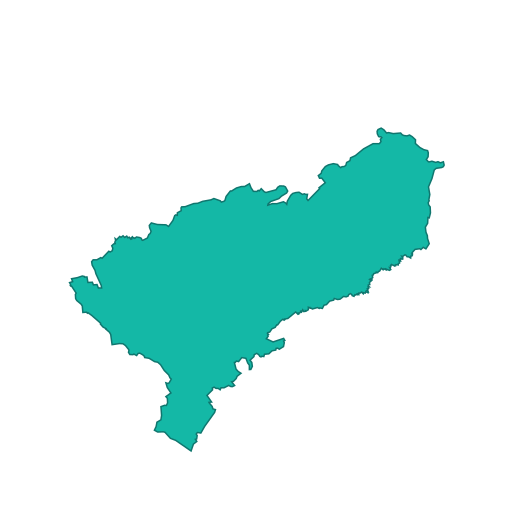 outline of Photharam, Ratchaburi, Thailand, rotated 133°
{"feature_id": "78962969B60761780399877", "entity_name": "Photharam", "entity_type": "district", "adm_level": 2, "iso_a3": "THA", "parent_name": "Thailand", "parent_adm1": "Ratchaburi", "projection": "equal_earth", "projection_center": [99.741, 13.703], "detail": "fine", "context": "isolated", "style": "filled", "palette": "teal", "viewbox_px": 512, "rotation_deg": 133, "n_neighbors": 0, "source": "geoboundaries", "source_scale": "gbopen_adm2", "svg_char_len": 6123}
<svg xmlns="http://www.w3.org/2000/svg" viewBox="0 0 512 512"><g transform="rotate(133 256 256)"><path d="M128.9,137.7L126.2,142.5L124.2,144.6L122.7,147.9L119.4,151.8L115.0,152.8L110.6,156.5L110.0,155.3L105.5,157.8L101.3,162.1L100.9,164.5L99.6,166.4L97.5,167.0L97.2,167.8L92.5,170.8L87.8,177.0L79.4,180.1L71.5,184.3L69.0,184.0L64.6,180.5L62.9,179.9L61.2,180.4L59.3,183.2L62.1,184.7L62.9,187.2L65.0,188.4L66.7,192.0L69.2,193.6L69.5,194.3L69.3,197.2L66.1,197.8L63.0,200.4L61.9,202.4L63.8,205.8L64.9,210.2L65.0,216.2L62.2,218.6L62.2,223.1L62.8,226.2L65.2,227.5L67.0,230.0L67.6,231.7L67.4,234.1L72.9,239.1L75.4,243.3L77.0,244.4L76.5,248.5L77.1,251.7L80.3,253.0L82.2,252.5L83.9,250.6L85.0,247.8L84.8,247.1L83.6,246.0L83.6,244.7L85.9,244.6L87.1,242.6L89.7,242.4L94.0,247.0L104.3,250.4L114.8,251.8L119.7,253.8L122.2,252.3L125.8,253.5L128.5,252.1L130.4,252.5L132.0,254.0L133.6,254.3L133.8,257.4L133.4,258.7L135.7,262.4L140.0,265.2L143.3,266.3L149.0,265.9L151.0,264.7L154.7,265.3L155.8,262.6L154.2,261.0L155.2,255.3L163.1,256.5L163.4,255.4L179.9,255.8L179.6,257.9L175.8,260.4L177.1,261.7L177.5,263.0L179.3,264.1L180.0,268.0L182.4,270.1L185.2,271.8L187.8,272.0L194.5,270.5L197.2,268.8L197.0,270.2L197.6,272.9L203.5,276.4L206.6,279.8L210.8,282.0L209.6,282.7L206.1,282.4L198.4,278.4L194.9,278.2L189.1,276.6L186.9,277.1L185.4,281.6L185.9,283.4L188.5,286.4L190.9,287.0L193.9,286.5L202.7,292.0L203.4,293.6L203.2,298.1L206.2,298.0L206.5,299.2L208.1,299.3L210.5,302.0L209.5,306.2L207.6,310.1L212.9,311.7L215.2,314.1L219.6,316.7L225.2,318.2L225.9,319.1L232.8,318.5L236.6,316.6L237.9,316.8L240.2,318.1L240.0,319.8L242.7,326.0L245.6,327.2L252.4,332.3L257.1,334.5L260.1,337.3L268.2,341.4L270.8,343.9L272.0,343.6L273.9,341.6L278.0,343.0L279.9,341.3L280.6,342.7L281.9,343.0L286.6,341.0L294.0,340.1L294.6,343.1L300.3,349.7L303.2,355.1L306.4,354.9L307.9,353.1L309.5,349.6L311.7,348.7L313.4,349.0L316.9,347.7L321.8,349.5L322.1,350.1L321.3,352.0L321.8,353.6L323.6,356.4L325.8,356.7L325.9,357.7L326.6,358.0L326.2,359.5L328.1,359.7L328.3,358.6L329.1,358.9L328.7,361.6L330.1,362.1L329.6,364.1L332.0,364.7L331.9,367.0L334.4,367.5L334.6,369.0L339.2,369.1L339.3,370.8L340.4,369.3L342.3,368.6L342.9,367.4L344.2,368.3L346.9,368.5L347.9,366.1L350.2,364.7L352.5,365.4L352.9,366.9L362.6,367.0L363.0,368.4L367.3,369.8L369.9,372.5L372.3,372.3L374.4,369.6L376.3,363.9L378.2,360.9L383.0,349.2L384.7,347.1L386.9,349.5L385.3,352.8L388.0,355.2L386.8,357.8L390.0,360.9L386.6,365.3L388.4,367.0L388.0,367.5L389.1,369.4L393.7,371.9L398.4,375.4L399.8,372.6L402.6,374.2L403.2,372.3L404.2,371.8L404.3,370.8L403.8,370.4L405.8,362.2L407.3,361.9L410.2,358.8L410.8,356.7L410.5,351.1L411.0,349.0L415.4,344.1L412.8,341.8L412.8,340.3L412.1,340.3L411.5,335.8L411.1,323.8L411.9,323.4L412.3,319.5L411.4,316.1L411.9,316.0L411.7,311.2L412.5,308.7L419.0,300.8L413.1,296.1L410.9,293.4L410.5,290.4L411.2,285.6L411.6,284.6L413.4,283.6L414.1,281.1L412.1,278.7L411.0,278.4L410.2,275.4L407.7,275.8L406.3,274.7L405.5,271.5L405.5,269.1L406.2,268.2L403.7,264.4L402.4,258.1L400.7,255.4L400.6,251.6L402.3,245.0L402.5,238.7L403.8,235.8L403.8,234.0L408.0,233.0L409.3,233.5L410.2,235.4L412.7,231.2L414.2,224.8L420.3,226.0L420.5,223.8L423.7,220.5L426.4,219.6L427.5,221.0L431.0,222.8L437.0,216.3L440.7,213.8L445.1,215.1L448.9,212.7L452.7,211.5L451.8,207.9L447.8,203.9L447.0,202.3L447.7,194.2L445.6,189.0L442.9,170.5L436.2,173.5L432.0,172.8L431.4,175.3L430.3,174.6L427.4,176.6L427.1,178.1L426.4,178.5L424.9,178.3L423.1,175.6L415.4,177.4L398.6,179.6L396.0,180.9L397.2,183.2L395.9,185.5L395.3,190.0L395.1,190.6L393.1,188.9L391.4,196.8L383.5,196.5L382.4,197.9L380.5,197.2L380.1,195.0L378.6,193.3L378.3,191.0L376.2,191.7L374.2,189.5L369.3,187.7L368.7,185.5L367.7,184.2L365.3,183.3L364.6,188.0L363.0,187.0L359.2,186.9L356.8,187.8L352.0,187.0L352.6,190.3L352.3,193.5L348.6,199.2L347.8,198.6L346.2,198.7L345.1,196.7L340.0,197.1L337.7,193.6L339.9,189.1L340.4,186.4L343.6,183.4L342.5,182.4L339.2,183.4L336.7,186.5L336.3,189.3L331.0,188.9L329.4,190.0L326.7,189.1L326.3,186.7L326.8,184.7L326.4,183.5L325.4,183.4L324.2,181.7L322.1,182.8L318.8,179.9L314.4,179.6L311.3,177.4L309.8,178.3L308.6,177.3L308.3,175.4L303.5,174.1L300.1,176.2L299.4,177.8L298.1,177.3L297.4,179.6L307.2,184.9L309.5,192.0L306.4,192.4L306.0,193.5L304.9,193.3L304.9,194.8L304.2,195.2L302.2,194.1L298.4,194.7L295.1,193.3L292.2,193.9L291.7,193.2L287.1,193.7L283.9,193.2L283.8,191.7L282.8,191.5L282.5,192.0L280.0,190.1L269.9,188.8L270.0,185.5L269.2,185.2L268.9,186.1L267.9,185.2L266.6,185.4L266.2,184.4L265.6,184.5L265.5,185.4L264.7,184.7L263.5,185.1L264.1,183.2L262.7,182.1L262.3,182.5L262.2,181.8L259.6,181.1L257.8,182.7L257.6,181.6L256.9,181.5L257.1,180.6L256.3,179.6L256.4,178.7L251.8,175.9L251.2,174.0L250.5,174.0L249.1,171.7L245.6,172.7L243.5,171.3L238.8,171.4L235.3,169.1L233.7,169.8L232.2,166.7L230.3,165.1L225.9,164.4L224.4,162.2L222.5,161.3L221.0,161.9L219.1,161.3L218.9,159.6L219.4,158.7L218.7,156.8L216.9,157.3L216.5,156.4L215.0,156.3L215.0,155.5L213.6,156.0L214.5,155.0L214.2,154.4L212.9,155.5L212.2,154.6L210.4,154.2L210.5,151.7L209.8,151.9L209.7,152.7L208.6,150.8L207.2,151.4L206.6,149.3L206.3,149.7L205.8,149.2L204.9,150.9L205.3,151.4L204.2,151.3L203.9,152.3L202.8,151.6L202.1,152.9L201.3,152.1L201.4,153.3L200.6,154.1L199.3,153.3L198.0,155.0L195.9,154.8L195.8,155.6L195.4,155.3L195.6,157.0L194.5,156.6L194.1,155.2L193.2,156.1L192.2,155.9L190.8,157.8L189.8,157.3L188.6,157.9L186.7,156.8L185.8,157.1L185.8,156.2L185.1,155.6L183.9,155.9L182.7,155.3L179.5,156.0L179.5,154.4L178.8,154.3L179.2,153.5L177.7,153.1L177.4,151.1L177.0,150.9L176.7,151.7L175.5,148.6L174.0,148.2L173.3,150.5L172.8,149.8L171.0,150.6L171.1,151.1L169.8,151.2L169.2,149.1L168.6,148.7L168.9,147.9L167.9,147.2L166.9,147.8L165.5,145.9L164.7,146.7L163.1,146.2L161.5,148.7L161.1,148.3L161.5,147.4L161.1,146.8L160.4,148.1L159.4,148.6L158.8,148.3L158.9,147.2L158.2,146.6L157.0,147.6L156.7,149.1L156.3,148.4L153.6,147.9L153.2,147.0L153.5,144.9L152.6,144.1L152.0,141.5L150.5,142.7L149.5,142.0L148.5,142.3L148.3,143.5L147.6,143.2L147.1,144.1L142.7,144.2L139.0,141.2L138.8,139.8L135.6,139.6L134.9,136.6L128.9,137.7Z" fill="#14b8a6" stroke="#0f766e" stroke-width="1.5"/></g></svg>